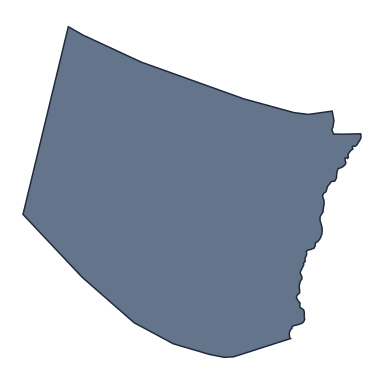 outline of Nuweiba, Janub Sina', Egypt
{"feature_id": "37247803B27009685632556", "entity_name": "Nuweiba", "entity_type": "district", "adm_level": 2, "iso_a3": "EGY", "parent_name": "Egypt", "parent_adm1": "Janub Sina'", "projection": "orthographic", "projection_center": [34.683, 29.314], "detail": "fine", "context": "isolated", "style": "filled", "palette": "slate", "viewbox_px": 384, "rotation_deg": 0, "n_neighbors": 0, "source": "geoboundaries", "source_scale": "gbopen_adm2", "svg_char_len": 1708}
<svg xmlns="http://www.w3.org/2000/svg" viewBox="0 0 384 384"><path d="M152.7,332.7L173.1,343.7L184.8,347.2L209.3,354.4L224.1,357.3L233.6,356.8L290.4,338.6L290.1,338.4L289.5,336.6L289.2,333.0L290.5,329.8L291.9,328.5L292.0,326.8L293.9,325.6L296.6,325.1L299.3,324.2L301.7,323.4L303.4,322.1L304.7,319.5L304.3,317.3L304.3,315.2L304.3,312.1L303.6,309.8L301.5,308.4L299.9,307.2L299.9,304.4L300.1,303.1L298.5,301.3L297.5,299.7L296.6,298.2L296.5,296.2L297.8,294.4L299.6,293.0L299.6,289.7L299.3,287.9L299.3,285.0L300.1,282.0L301.0,280.1L302.0,278.8L301.8,276.3L300.9,274.6L300.1,272.3L301.8,268.8L303.7,265.0L303.7,262.8L305.2,261.5L305.1,259.9L305.0,258.3L305.8,256.8L306.7,254.3L306.3,251.9L307.6,250.1L310.8,249.5L314.2,248.0L315.2,245.7L315.4,243.0L317.6,241.7L319.0,240.1L320.4,238.0L321.9,234.0L322.2,230.8L322.1,227.7L321.3,224.5L320.3,221.6L320.0,219.5L320.2,216.3L321.6,214.2L323.0,212.0L323.3,208.9L323.6,206.7L324.1,204.5L324.0,200.3L323.0,197.7L322.6,195.4L323.8,193.1L325.7,192.0L326.5,190.3L327.0,188.1L327.9,185.9L329.6,184.0L331.2,181.7L332.7,181.2L334.0,181.4L335.1,180.7L336.4,178.0L336.6,176.3L336.6,174.4L337.1,171.5L338.0,168.8L339.4,168.2L341.3,167.6L343.4,166.3L345.5,164.2L345.8,162.5L345.2,160.6L345.0,158.2L346.6,157.6L347.5,158.4L348.3,157.6L348.3,156.7L347.9,154.4L349.3,152.5L350.6,150.7L352.9,149.0L352.3,147.6L352.4,146.4L353.8,146.2L355.1,146.3L356.8,145.1L357.7,143.5L360.0,140.0L360.9,138.0L361.0,135.7L360.7,133.8L350.9,134.0L342.3,134.2L333.5,134.0L331.8,129.5L333.0,126.9L333.9,120.9L333.6,118.6L332.2,111.1L308.4,114.4L293.9,112.6L243.6,98.8L141.2,62.1L82.8,35.0L68.3,26.7L23.0,214.4L82.2,277.3L134.2,322.8L152.7,332.7Z" fill="#64748b" stroke="#1e293b" stroke-width="1.5"/></svg>